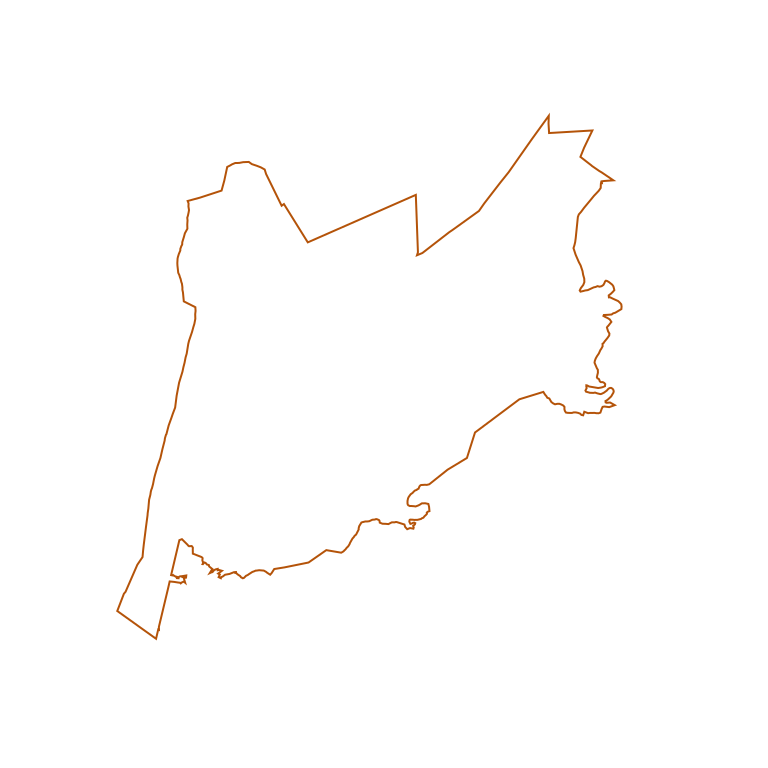 San Pedro Ixcatlán, Oaxaca, Mexico, rotated 102°
{"feature_id": "50627088B26747164126633", "entity_name": "San Pedro Ixcatlán", "entity_type": "district", "adm_level": 2, "iso_a3": "MEX", "parent_name": "Mexico", "parent_adm1": "Oaxaca", "projection": "mercator", "projection_center": [-96.535, 18.166], "detail": "fine", "context": "isolated", "style": "outline", "palette": "amber", "viewbox_px": 768, "rotation_deg": 102, "n_neighbors": 0, "source": "geoboundaries", "source_scale": "gbopen_adm2", "svg_char_len": 6151}
<svg xmlns="http://www.w3.org/2000/svg" viewBox="0 0 768 768"><g transform="rotate(102 384 384)"><path d="M661.5,597.7L680.6,554.0L671.0,553.8L671.2,553.0L670.0,553.3L668.4,553.7L628.3,552.7L621.7,552.6L621.2,548.1L621.0,544.2L620.8,542.2L621.3,541.4L620.2,540.6L618.9,538.8L619.7,537.2L615.4,539.5L614.6,537.4L612.4,537.6L613.5,540.4L614.4,539.8L614.8,541.2L614.1,542.0L614.6,543.6L615.6,544.8L616.7,544.6L616.9,546.0L616.2,545.9L615.7,546.2L615.6,547.0L615.9,547.4L615.1,549.5L615.2,550.4L614.7,550.7L615.2,551.7L615.2,552.5L579.3,551.7L577.8,549.4L582.1,542.7L582.8,541.9L583.2,541.0L582.5,538.4L583.3,537.4L583.9,536.9L585.4,536.7L589.7,535.7L591.2,526.5L591.8,525.4L592.6,525.1L594.0,525.1L595.9,524.1L595.9,523.3L597.9,524.0L597.9,523.7L596.0,522.7L596.1,521.3L597.4,519.6L597.5,517.7L598.8,517.1L600.7,513.4L601.6,513.8L605.2,515.1L603.8,513.2L603.7,512.7L601.3,511.4L600.2,509.9L599.4,508.2L600.7,507.9L600.2,506.7L600.4,503.7L603.9,506.8L604.5,505.0L607.3,505.6L607.9,503.2L606.8,503.2L606.0,501.9L603.6,499.8L601.9,495.6L599.3,491.7L598.4,488.8L599.7,491.3L599.6,490.2L599.9,488.9L600.7,487.5L601.8,484.7L602.8,483.7L603.0,482.7L603.4,482.0L603.0,480.9L601.9,480.1L600.3,479.1L599.2,477.6L598.1,476.6L596.7,475.2L595.2,473.7L594.3,472.2L593.2,470.7L593.1,470.1L592.1,467.4L591.5,462.8L592.3,460.2L592.9,459.1L594.2,455.7L592.3,454.6L587.8,452.9L584.1,443.3L574.3,420.7L558.5,405.9L557.9,390.8L556.7,389.4L555.8,388.6L555.0,388.2L554.0,387.4L551.9,386.4L550.3,385.3L547.9,384.4L546.5,384.2L541.7,382.7L540.0,381.7L538.6,381.2L537.1,380.0L531.5,378.5L530.4,378.8L528.2,378.7L524.2,377.3L523.7,376.5L522.3,373.6L521.9,371.7L521.3,369.9L519.2,367.2L518.5,364.8L517.9,363.9L517.7,363.0L518.1,360.7L518.7,360.0L520.5,359.3L521.0,356.4L520.5,353.8L520.1,350.5L518.8,349.0L517.7,347.6L517.1,344.8L516.5,343.7L516.4,342.8L517.2,334.8L519.4,333.6L521.2,331.1L519.5,328.6L519.4,325.2L518.2,325.1L516.7,326.0L514.9,324.6L513.6,324.5L513.3,325.6L513.8,326.8L514.7,327.8L515.3,329.1L513.4,330.6L512.4,330.7L511.5,330.6L511.0,329.5L511.0,328.5L510.8,328.0L510.6,325.8L510.4,325.2L510.0,323.2L508.3,319.7L507.5,319.1L506.6,317.7L505.1,317.0L503.3,315.7L502.0,315.0L500.9,315.4L499.9,314.7L498.9,313.1L494.7,314.4L492.1,315.7L492.1,318.9L492.9,322.2L494.6,323.9L495.6,325.1L497.2,327.6L497.3,329.2L497.7,332.2L498.0,333.3L497.6,335.0L497.1,335.6L496.2,336.1L493.5,336.7L490.8,336.7L489.2,336.3L486.3,335.0L484.6,333.4L483.0,332.5L481.6,331.4L480.9,330.1L480.1,329.6L479.2,328.4L478.1,328.3L476.5,327.9L475.4,327.2L474.9,326.1L474.7,325.1L474.3,323.9L473.7,321.0L472.7,318.9L454.6,304.0L439.1,287.5L412.5,284.9L370.8,248.4L358.6,226.5L360.9,224.3L362.1,222.7L363.5,221.4L363.8,219.3L366.8,216.6L367.8,214.5L368.3,212.5L367.4,210.5L366.9,208.4L367.2,206.3L367.8,204.1L368.9,202.7L371.1,202.3L372.7,201.5L374.1,200.1L374.0,198.0L373.2,194.1L372.3,192.5L371.9,190.3L371.9,188.1L372.2,186.0L373.2,184.5L373.2,182.7L369.5,182.3L370.1,178.3L369.4,176.3L369.0,174.1L368.5,172.3L368.4,170.2L368.0,168.0L367.0,166.4L363.0,165.9L360.9,165.4L360.2,163.7L359.8,158.9L356.7,153.9L355.1,159.0L356.1,162.3L355.9,163.4L354.6,163.8L353.9,162.9L352.4,161.6L348.9,159.2L344.7,157.8L343.3,157.8L342.0,158.5L341.1,159.5L340.6,161.0L340.9,162.2L341.4,162.9L342.6,163.9L344.1,164.7L346.8,167.1L348.5,169.3L348.9,170.3L348.8,173.5L348.5,175.8L349.1,177.1L349.8,180.8L349.7,181.6L349.5,184.8L348.5,185.6L345.8,184.9L344.4,185.6L343.2,185.8L343.2,184.8L343.8,182.9L343.4,173.7L342.5,171.3L341.8,169.8L340.2,167.4L338.1,167.6L337.2,168.7L336.7,170.3L337.1,172.3L336.5,173.5L335.0,174.4L334.3,175.1L334.1,176.4L333.1,177.2L330.9,177.2L328.6,177.1L325.6,177.8L324.4,179.0L319.4,182.5L317.5,182.6L314.9,182.2L312.4,181.4L309.5,180.2L305.8,179.4L304.4,178.8L301.7,178.0L299.2,178.6L298.4,177.8L296.6,177.1L292.8,175.1L289.7,173.8L287.8,174.0L285.8,175.8L282.4,177.7L281.4,177.4L280.6,176.8L276.0,174.5L273.9,176.6L273.0,179.0L272.4,181.6L271.8,183.5L270.8,183.3L270.0,180.2L268.7,175.8L267.2,174.5L266.2,172.6L261.4,167.4L258.9,167.7L256.7,168.5L255.4,170.2L254.2,172.2L252.9,178.1L252.2,180.8L252.5,182.0L250.6,182.6L248.5,180.8L246.4,179.4L244.3,178.2L242.4,179.1L240.7,180.0L239.4,181.4L237.6,185.0L236.9,187.1L236.8,188.4L237.7,189.1L239.6,189.4L241.5,190.0L243.1,191.5L244.0,193.4L243.9,195.5L245.1,197.2L245.9,199.0L249.8,204.2L250.7,206.7L251.6,208.4L252.8,211.0L251.8,212.0L249.3,211.4L245.7,209.7L242.7,209.2L239.4,210.0L235.8,211.9L232.3,213.3L227.2,216.3L224.2,218.8L217.6,223.5L211.7,226.9L208.7,226.6L205.5,226.5L201.5,226.8L180.3,229.1L177.6,228.7L174.6,227.0L170.0,224.9L166.4,223.0L162.2,220.8L156.2,217.7L153.3,215.9L150.3,214.1L147.2,212.8L143.0,213.5L141.7,213.5L141.9,212.7L140.5,213.2L139.6,210.7L137.1,202.0L131.8,215.0L130.9,217.7L127.4,226.1L127.1,226.5L121.0,239.1L111.3,237.4L92.7,232.9L104.2,274.7L95.1,277.2L87.4,278.6L113.8,290.3L150.9,306.1L162.6,312.0L186.5,323.5L195.0,327.1L219.2,349.1L222.0,351.8L247.9,373.7L251.2,378.5L248.1,378.2L192.4,392.2L261.3,488.0L228.8,519.3L230.9,521.2L203.1,543.0L199.0,545.3L197.7,549.5L197.0,553.8L196.4,559.0L194.9,562.4L196.3,567.9L197.9,571.7L198.8,575.5L200.7,578.3L202.2,579.9L204.3,582.5L218.2,582.5L228.6,583.1L240.0,602.8L245.8,614.1L248.0,612.7L251.0,612.2L254.4,610.9L256.7,610.8L259.9,610.8L262.3,611.0L264.8,610.2L268.9,609.6L273.0,608.6L278.0,610.1L281.8,610.3L287.2,610.8L289.6,610.4L291.2,610.9L294.2,611.3L295.8,611.0L299.4,611.7L302.7,612.0L304.2,612.0L308.7,611.3L311.0,610.7L318.0,608.4L320.1,606.8L322.0,605.8L323.5,604.8L326.3,603.5L327.9,602.5L331.3,601.3L333.7,600.8L336.2,599.7L344.8,597.0L348.1,584.5L351.7,583.5L354.9,583.2L359.5,582.1L364.6,582.0L367.9,582.3L373.0,582.6L382.3,583.7L385.4,583.8L395.4,583.3L399.1,583.6L404.7,583.5L409.3,583.7L413.9,583.7L425.3,584.7L438.5,584.4L450.5,583.4L457.1,584.4L461.3,584.9L469.3,586.0L478.4,586.4L478.9,586.7L482.6,587.0L485.0,586.8L494.0,587.2L502.8,587.3L511.5,588.4L521.1,589.1L524.2,589.2L529.9,589.1L534.1,589.3L535.7,589.6L537.8,589.7L541.0,589.5L546.0,589.7L555.0,588.6L559.5,588.3L561.6,588.0L573.2,587.1L590.9,585.6L597.0,585.0L603.5,584.2L612.1,587.7L641.0,593.6L643.2,594.8L661.5,597.7Z" fill="none" stroke="#b45309" stroke-width="2"/></g></svg>